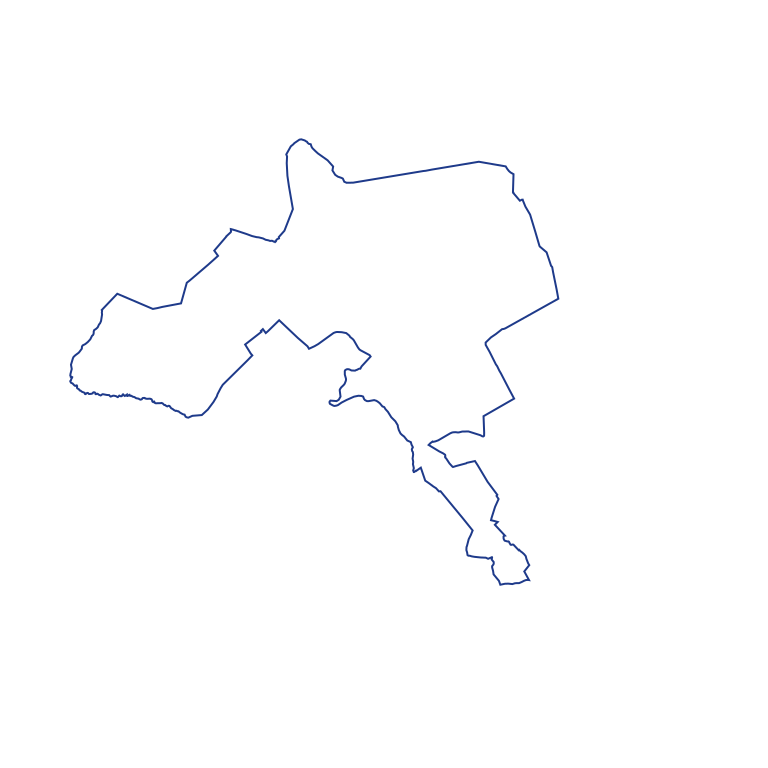 Mixquiahuala de Juárez, Hidalgo, Mexico, rotated 229°
{"feature_id": "50627088B68378363508666", "entity_name": "Mixquiahuala de Juárez", "entity_type": "district", "adm_level": 2, "iso_a3": "MEX", "parent_name": "Mexico", "parent_adm1": "Hidalgo", "projection": "robinson", "projection_center": [-99.19, 20.233], "detail": "fine", "context": "isolated", "style": "outline", "palette": "blue", "viewbox_px": 768, "rotation_deg": 229, "n_neighbors": 0, "source": "geoboundaries", "source_scale": "gbopen_adm2", "svg_char_len": 6166}
<svg xmlns="http://www.w3.org/2000/svg" viewBox="0 0 768 768"><g transform="rotate(229 384 384)"><path d="M625.0,219.5L624.2,219.3L623.1,218.0L621.4,216.8L617.2,211.8L616.1,209.5L615.9,208.0L614.6,205.1L614.5,203.0L614.8,200.6L614.1,199.4L612.8,198.2L612.1,197.2L611.9,196.6L611.9,195.2L610.4,191.6L610.0,188.0L610.1,184.8L610.8,181.9L610.4,180.6L608.9,179.1L608.1,175.4L607.9,174.1L608.2,169.9L608.1,167.5L607.5,166.1L603.9,160.4L600.2,158.2L597.3,154.0L596.2,152.8L595.7,152.8L594.9,152.2L594.5,152.2L594.0,153.1L593.7,153.2L593.4,152.8L593.0,151.4L592.1,150.0L592.0,149.1L591.7,148.9L590.3,148.6L588.7,149.3L586.3,149.4L585.6,149.5L585.1,149.8L584.8,150.9L584.5,151.2L583.7,151.0L582.6,149.8L581.8,149.7L580.2,150.3L578.8,150.1L578.2,150.6L576.4,150.9L574.1,152.1L573.6,152.2L572.8,151.8L572.4,151.9L572.1,152.2L572.2,153.4L571.8,154.4L571.4,154.7L570.2,154.7L569.8,155.0L568.6,156.7L568.1,157.9L568.4,158.7L568.3,159.3L567.8,159.9L567.2,160.2L566.6,160.2L565.7,159.7L565.3,159.9L564.8,161.2L564.0,161.6L563.1,161.7L561.3,162.6L561.1,163.2L561.1,164.2L560.8,165.1L557.6,167.6L555.9,169.3L554.3,169.3L553.8,169.5L552.9,171.9L552.0,172.8L550.4,173.9L548.9,174.3L548.7,174.6L548.9,176.6L547.7,177.1L547.1,177.7L546.9,178.3L547.5,179.9L547.4,180.3L546.3,180.4L545.5,180.3L545.0,180.5L544.7,182.9L544.1,182.4L543.5,182.3L543.1,182.7L543.0,184.6L542.8,184.9L541.6,184.6L540.7,185.7L539.5,185.9L537.8,187.1L535.9,187.6L533.9,189.2L532.7,189.5L531.8,190.1L531.4,191.2L531.7,192.6L531.3,193.3L530.4,194.3L529.7,194.3L528.3,195.4L526.5,197.7L525.1,198.5L523.3,198.2L522.8,197.7L522.1,197.8L521.6,198.0L521.4,199.0L520.0,198.7L519.2,199.1L515.9,203.1L515.7,203.6L514.7,204.2L512.4,204.4L511.9,204.7L511.6,205.1L510.5,205.2L509.3,205.7L508.9,207.1L508.2,207.7L505.3,207.5L503.7,208.1L502.1,208.4L500.4,209.1L500.0,209.8L498.8,210.4L498.2,211.0L496.6,211.2L494.4,211.9L492.7,212.6L491.7,213.4L489.5,212.8L488.2,213.3L487.0,214.2L485.7,218.5L480.1,226.1L480.3,234.3L482.3,243.5L484.3,249.6L485.5,251.6L488.0,257.9L489.2,261.8L491.4,296.4L492.0,303.4L494.3,303.4L504.9,305.1L503.8,325.8L504.8,325.9L504.9,328.6L500.0,328.2L500.0,331.1L500.9,346.7L475.2,349.2L464.1,350.8L462.6,351.0L459.8,350.5L458.1,356.4L457.3,360.5L455.6,379.3L455.3,380.3L454.5,382.1L453.4,383.4L450.8,386.1L447.2,388.9L443.2,389.6L441.9,389.3L438.4,389.9L436.8,389.9L428.7,388.3L426.3,388.1L424.9,388.4L415.2,392.1L413.5,391.9L412.0,378.6L411.1,376.2L411.5,375.9L412.0,374.8L412.4,372.9L412.7,372.4L413.1,370.9L415.6,368.3L417.6,367.5L418.9,366.5L419.6,365.4L419.9,363.9L419.5,362.9L416.8,360.6L413.0,358.8L412.1,358.1L411.4,357.2L410.0,354.5L409.7,353.0L409.5,349.3L408.8,347.0L408.1,346.3L403.0,342.9L401.8,339.5L402.2,337.0L406.6,332.7L406.4,331.4L405.6,330.6L404.5,330.2L401.5,331.3L400.3,331.9L399.8,332.4L398.8,334.1L398.3,335.5L397.8,339.9L396.5,345.3L394.1,353.1L391.9,357.0L389.8,359.1L388.2,360.0L385.8,359.1L384.3,359.1L382.3,359.9L381.2,361.1L378.3,366.0L376.4,367.2L374.8,367.7L372.3,368.2L368.1,368.1L366.7,368.9L366.2,369.0L364.1,368.6L360.5,368.7L354.1,367.7L348.4,368.1L343.8,367.3L342.7,366.5L339.6,365.0L335.8,364.0L333.6,364.2L331.2,364.7L326.1,364.5L322.5,366.1L320.2,365.0L317.6,364.4L317.1,364.0L317.0,363.1L316.4,362.1L315.0,361.3L313.7,361.1L311.6,359.7L308.9,356.6L306.4,355.2L305.3,354.2L304.6,353.3L300.9,351.3L299.6,349.3L298.0,348.7L297.8,348.9L297.6,351.2L297.3,351.2L296.7,356.9L284.0,351.7L280.2,352.7L274.3,354.0L271.3,354.9L266.9,355.0L266.0,356.3L230.8,355.4L215.3,354.8L213.1,350.5L211.3,346.1L207.3,340.3L206.8,339.3L204.6,337.2L202.3,336.2L200.1,334.8L199.1,335.0L198.2,336.0L196.4,337.1L194.2,338.9L189.7,343.1L186.1,346.9L183.8,347.9L182.5,351.8L182.1,351.7L180.9,350.1L177.7,350.0L176.5,349.0L176.0,348.2L175.6,346.1L174.5,345.2L171.4,343.7L168.4,341.8L160.0,341.6L156.2,340.1L153.9,344.2L151.8,346.8L148.8,349.6L147.7,352.1L146.6,353.6L145.1,355.3L144.2,358.1L143.6,360.6L142.9,362.5L141.7,364.1L140.9,364.8L150.5,366.9L152.0,374.8L153.9,375.1L158.5,376.7L161.0,378.0L163.5,378.1L166.1,377.8L168.3,377.3L170.2,377.2L170.2,376.6L177.6,376.3L178.3,376.0L179.2,374.4L179.7,374.1L181.5,374.4L182.8,374.8L183.5,374.7L184.1,373.9L186.6,372.3L188.0,372.5L189.1,373.0L190.6,374.3L190.6,375.1L190.2,375.8L205.0,375.3L205.3,379.3L208.2,377.4L211.0,375.4L212.4,377.4L218.4,387.2L222.0,395.0L225.7,395.5L226.0,396.8L242.2,398.0L261.2,401.4L266.2,402.1L270.2,394.7L270.2,394.0L274.7,384.8L276.1,381.6L276.9,381.4L281.1,381.3L287.1,382.1L288.0,382.0L288.9,382.2L289.1,382.4L289.3,383.0L290.5,383.7L292.9,383.1L296.8,381.5L308.7,377.7L308.9,380.3L308.7,382.9L308.2,383.0L307.0,385.1L305.9,388.0L303.3,401.7L302.7,403.6L302.1,404.6L300.7,406.4L298.9,408.0L298.2,409.0L296.8,411.8L292.8,416.6L283.0,422.6L282.0,423.2L280.0,423.9L279.3,424.5L279.2,425.1L279.3,425.6L281.6,427.7L294.4,438.0L287.6,472.6L297.6,474.9L315.3,479.2L318.5,479.8L323.2,481.1L325.4,481.3L327.7,481.9L339.0,484.8L346.8,486.4L348.6,487.9L349.0,495.3L348.3,501.2L347.9,509.1L347.0,510.5L346.4,512.1L334.0,571.5L342.1,576.3L357.5,585.0L361.8,587.6L362.8,587.7L363.5,587.6L376.7,593.1L385.3,591.8L386.2,591.9L399.7,598.1L416.0,605.4L425.1,607.1L431.6,609.3L432.1,609.6L432.7,608.9L433.2,606.8L443.6,606.9L443.7,607.3L444.4,607.4L457.4,619.4L460.6,618.3L462.7,618.0L465.3,618.1L468.4,618.6L489.5,601.4L514.4,560.8L517.6,555.3L519.0,553.3L556.2,492.8L560.4,487.8L562.7,486.7L566.0,487.7L567.3,487.2L570.8,485.2L573.9,484.4L579.0,485.2L581.5,488.3L589.8,488.2L601.4,485.4L604.9,485.0L608.8,484.7L610.7,485.0L613.0,486.0L614.6,484.8L616.2,484.6L617.4,484.8L618.5,484.3L619.8,484.0L622.9,482.1L623.9,480.5L624.6,474.3L624.4,472.8L624.5,469.6L621.4,460.9L619.3,460.1L614.5,455.5L604.5,447.7L595.8,442.1L575.8,430.0L565.0,409.4L563.9,401.0L562.8,400.3L563.4,398.4L563.2,396.8L562.8,396.5L562.6,396.0L562.6,394.9L563.4,394.8L563.8,394.2L565.2,393.7L565.8,393.2L566.7,391.9L568.3,391.0L570.5,389.3L573.2,388.2L576.8,385.7L578.4,384.2L582.2,381.5L587.3,378.7L597.4,372.7L601.4,370.0L599.4,368.5L599.1,367.9L598.9,361.8L598.7,361.7L596.0,343.4L589.6,342.8L589.4,329.2L589.6,304.9L589.8,301.6L578.0,283.7L587.6,267.3L590.0,262.7L592.3,258.8L627.1,241.9L625.0,219.5Z" fill="none" stroke="#1e3a8a" stroke-width="2"/></g></svg>